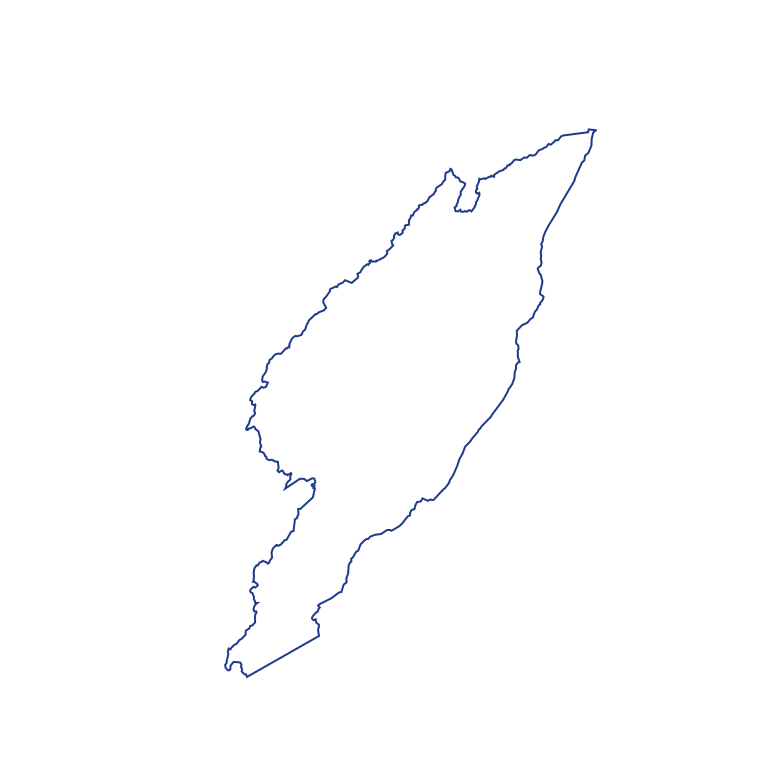 Condorcanqui, Amazonas, Peru, rotated 30°
{"feature_id": "86281439B49364565182822", "entity_name": "Condorcanqui", "entity_type": "district", "adm_level": 2, "iso_a3": "PER", "parent_name": "Peru", "parent_adm1": "Amazonas", "projection": "equal_earth", "projection_center": [-78.171, -4.2], "detail": "fine", "context": "isolated", "style": "outline", "palette": "blue", "viewbox_px": 768, "rotation_deg": 30, "n_neighbors": 0, "source": "geoboundaries", "source_scale": "gbopen_adm2", "svg_char_len": 6144}
<svg xmlns="http://www.w3.org/2000/svg" viewBox="0 0 768 768"><g transform="rotate(30 384 384)"><path d="M381.8,690.7L382.5,693.7L384.4,696.1L386.3,702.6L387.2,704.2L386.9,706.9L388.9,709.1L392.1,710.0L393.3,709.1L393.5,707.6L391.9,704.7L392.7,699.9L398.6,697.1L400.9,698.2L401.7,700.7L403.3,701.4L404.5,704.1L408.0,705.1L409.8,704.5L411.8,706.2L453.7,634.7L449.8,629.9L449.0,626.7L447.9,625.0L444.6,624.5L442.5,622.0L441.1,623.8L439.3,623.4L438.7,622.8L438.4,620.9L439.3,616.1L440.5,614.1L439.8,611.8L440.1,609.6L437.7,608.9L437.9,607.5L445.6,595.7L449.2,587.1L451.1,585.5L449.4,577.8L450.8,574.6L448.5,571.0L447.8,566.3L444.1,558.7L443.8,555.8L444.5,554.1L443.0,551.9L443.8,549.2L443.7,543.4L445.0,541.3L443.9,534.6L445.4,529.0L446.1,527.4L447.8,526.0L448.4,523.1L451.6,519.1L456.5,515.3L459.6,509.0L461.7,507.6L463.9,507.3L468.2,499.7L469.5,495.8L470.7,486.9L472.2,484.7L471.3,483.4L470.8,480.3L471.4,478.7L472.9,477.2L471.8,473.1L471.7,469.7L474.5,467.4L474.6,463.8L480.5,463.2L481.8,460.9L483.8,460.5L484.9,459.5L488.0,446.0L489.0,443.5L489.7,437.6L489.7,436.1L489.1,434.7L489.5,428.6L488.4,418.7L486.9,411.3L486.8,404.6L485.6,397.9L487.4,390.6L487.6,386.8L489.2,378.5L488.9,376.0L489.6,374.4L489.6,372.2L493.0,358.7L492.9,356.8L495.1,338.1L494.9,328.4L494.5,326.8L495.1,320.2L493.9,313.6L491.3,308.4L490.6,304.6L488.9,301.7L489.3,298.5L490.4,297.1L486.4,293.6L483.0,288.0L483.0,286.3L480.9,283.5L478.4,282.8L477.1,281.3L475.0,275.6L472.4,271.5L474.1,264.1L477.6,259.2L478.3,254.6L479.7,251.9L478.5,246.1L479.2,243.0L478.6,238.9L479.4,237.0L478.7,236.1L479.4,232.2L478.8,229.0L478.4,228.5L474.2,228.1L473.0,225.7L470.9,218.2L469.5,215.4L464.9,211.0L462.9,210.2L459.5,207.4L459.4,206.1L460.7,203.1L459.8,200.1L457.3,197.5L456.1,194.6L453.7,191.3L452.3,186.0L450.3,184.5L450.0,180.9L448.4,176.9L447.6,171.7L447.3,164.3L447.8,148.8L446.9,140.1L447.3,113.3L446.2,108.5L444.7,93.3L445.7,90.3L444.0,85.7L445.4,81.8L444.8,76.3L444.3,73.5L441.3,67.9L439.5,61.9L440.2,59.3L441.2,58.0L434.0,61.2L434.9,63.9L414.8,79.3L413.5,81.2L412.9,85.8L410.4,87.3L410.5,88.6L408.8,93.3L406.5,93.9L406.0,97.6L404.4,99.6L403.7,101.3L401.2,104.2L400.5,109.8L398.7,111.9L395.8,112.7L394.5,116.7L392.1,117.7L390.1,122.0L386.4,123.4L384.9,124.7L384.1,129.3L383.1,130.7L383.4,131.8L381.7,132.8L381.6,136.2L380.5,137.1L380.4,138.9L377.6,142.0L374.8,147.7L375.7,149.5L372.7,150.0L372.8,151.3L371.7,151.7L369.0,155.9L367.9,155.8L365.2,158.5L363.9,158.7L365.1,161.4L365.6,166.7L367.3,168.6L366.8,169.9L367.5,171.9L368.6,172.5L369.3,171.8L370.1,172.2L370.9,172.0L371.1,171.1L372.1,172.3L373.0,178.4L372.8,180.5L373.7,182.0L373.7,184.7L374.1,185.6L373.4,190.8L371.0,190.7L369.4,193.6L367.6,193.7L366.7,195.2L364.6,196.2L363.0,194.9L361.9,197.4L359.6,198.5L356.8,195.8L357.9,193.8L357.2,192.5L357.1,190.2L355.8,185.7L355.8,181.5L354.3,179.4L354.8,171.9L353.9,169.8L350.1,169.9L349.0,170.5L345.4,168.2L342.6,169.1L341.9,168.3L339.6,168.1L335.2,164.4L333.9,164.5L334.3,167.0L331.9,170.2L332.7,172.7L334.9,176.5L334.2,178.8L334.1,182.2L331.3,187.9L331.6,189.9L332.4,191.0L332.0,192.2L332.1,194.6L329.9,199.9L330.2,204.1L329.2,205.8L329.4,206.6L327.9,207.9L327.7,209.6L325.7,210.8L325.0,212.2L326.1,213.6L326.0,215.9L325.2,216.4L325.3,217.5L324.3,219.7L324.6,223.9L323.2,224.6L324.0,227.3L323.7,229.4L325.9,233.7L323.5,235.5L323.0,236.5L324.3,239.0L323.3,241.7L324.6,243.7L323.2,247.1L321.2,247.3L320.1,246.0L318.5,248.0L318.7,251.2L319.6,251.9L319.8,254.6L318.9,256.3L321.0,258.7L322.7,259.3L321.4,264.5L320.0,267.4L321.5,269.1L321.3,272.0L320.4,274.7L316.7,280.4L315.8,281.0L316.0,281.8L312.6,283.9L310.9,283.3L310.1,284.1L310.0,285.1L311.0,285.3L311.3,286.6L310.6,287.8L310.8,288.6L309.6,288.7L308.0,292.2L307.5,296.2L307.7,299.0L305.9,301.9L308.1,304.0L308.1,305.2L305.5,312.6L298.4,313.6L297.6,316.9L294.8,320.5L294.8,323.6L293.4,323.8L290.2,328.3L290.1,329.8L290.8,330.8L290.2,337.5L289.4,340.3L289.8,342.5L290.8,343.8L295.9,347.0L295.1,350.3L291.8,354.4L290.7,357.2L289.8,357.6L287.1,366.6L287.6,368.6L287.3,370.5L288.5,376.3L287.6,378.9L287.9,382.9L284.8,386.2L283.3,386.6L281.8,389.6L281.6,391.1L282.1,396.8L283.0,397.6L282.8,398.9L283.6,399.7L282.6,400.1L282.1,401.7L281.2,402.2L279.7,409.4L276.5,411.0L275.2,412.6L274.3,415.3L274.2,417.7L272.9,420.4L273.9,423.4L273.2,424.9L273.6,426.9L274.9,429.4L275.7,432.4L275.2,438.1L276.6,441.9L278.2,442.8L279.0,441.7L282.8,440.9L283.2,445.6L281.4,447.5L279.4,447.7L277.9,453.5L276.5,455.0L276.5,457.9L275.6,460.7L275.7,463.6L276.2,464.9L278.3,464.8L279.6,467.4L281.4,467.5L282.5,466.2L283.2,466.6L285.1,472.2L287.1,473.8L287.1,476.6L286.2,477.7L285.6,481.1L286.8,485.8L286.6,489.0L287.1,492.0L288.3,492.4L289.0,492.0L289.1,490.2L290.3,489.4L292.5,485.9L294.5,486.5L295.3,487.4L298.8,487.7L304.7,493.6L305.8,496.7L309.0,499.5L308.7,500.8L310.1,504.6L313.1,503.8L315.0,504.2L317.2,505.9L318.4,505.8L319.0,506.9L320.4,507.6L323.3,507.1L324.6,505.7L328.8,505.5L331.0,504.4L334.7,509.4L335.1,512.3L337.2,512.9L338.5,510.4L339.4,509.7L343.1,511.8L345.1,510.8L346.1,511.2L347.9,507.7L348.6,508.0L349.2,511.5L350.7,513.4L349.7,516.5L349.4,519.5L350.4,521.3L350.7,524.1L358.6,508.1L362.3,506.1L365.8,506.6L369.0,501.5L371.0,500.8L373.6,503.2L373.6,505.0L371.8,506.9L372.3,508.2L373.3,508.4L374.7,507.1L375.1,509.5L376.4,509.0L379.1,517.8L374.0,534.0L372.2,535.2L375.2,539.9L375.1,541.8L375.8,543.5L374.5,545.7L379.2,556.6L377.4,558.3L377.5,567.6L376.2,568.7L375.0,574.3L373.6,576.6L372.7,577.4L371.8,576.9L371.1,577.7L370.0,582.0L370.9,586.1L373.9,590.4L373.5,593.6L373.9,596.5L373.2,597.7L371.8,597.2L367.3,597.8L366.7,599.7L365.6,600.9L365.3,604.4L364.3,604.7L363.9,607.4L364.1,609.1L366.0,613.5L367.6,615.4L368.7,618.4L369.7,619.5L369.5,620.7L370.9,620.2L374.4,620.6L375.4,621.5L374.3,624.6L372.3,624.9L371.3,628.5L371.5,630.2L372.8,631.1L374.6,630.9L377.8,633.4L378.9,635.5L381.1,636.7L381.9,638.0L383.8,637.0L383.2,638.2L382.8,641.3L383.6,644.3L385.4,645.8L387.1,644.8L387.9,645.9L387.8,647.7L388.7,650.3L391.6,654.9L390.7,659.0L389.1,660.3L389.6,663.1L387.8,666.4L387.9,667.5L389.5,670.2L388.1,675.9L386.8,678.0L386.2,682.9L384.9,684.4L383.7,688.7L383.7,690.6L381.8,690.7Z" fill="none" stroke="#1e3a8a" stroke-width="2"/></g></svg>